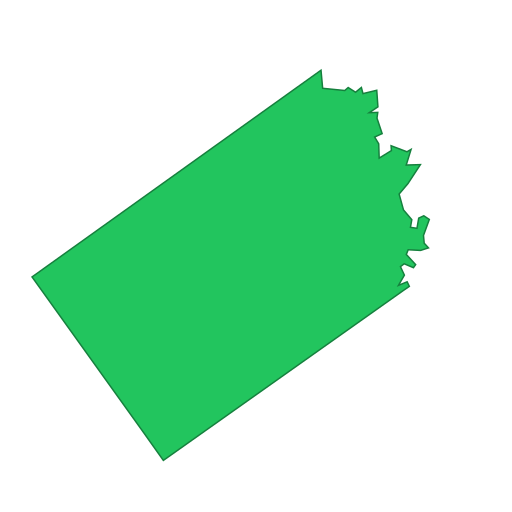 Coleman, Texas, United States of America, rotated 234°
{"feature_id": "52423323B20578192164801", "entity_name": "Coleman", "entity_type": "district", "adm_level": 2, "iso_a3": "USA", "parent_name": "United States of America", "parent_adm1": "Texas", "projection": "equal_earth", "projection_center": [-99.516, 31.746], "detail": "fine", "context": "isolated", "style": "filled", "palette": "green", "viewbox_px": 512, "rotation_deg": 234, "n_neighbors": 0, "source": "geoboundaries", "source_scale": "gbopen_adm2", "svg_char_len": 768}
<svg xmlns="http://www.w3.org/2000/svg" viewBox="0 0 512 512"><g transform="rotate(234 256 256)"><path d="M193.8,403.4L206.6,402.4L222.0,408.2L225.3,421.6L233.3,442.7L241.3,431.0L251.1,444.1L251.6,439.4L265.8,430.1L261.7,427.5L262.8,413.2L274.6,421.2L282.5,421.9L280.9,430.0L296.4,434.9L300.6,438.9L305.4,431.8L305.0,442.3L319.1,451.1L324.5,438.0L330.4,440.3L330.0,432.8L338.1,429.6L337.7,425.1L352.5,408.5L368.1,417.8L370.7,62.5L181.0,61.3L145.1,60.9L141.5,354.1L141.3,362.2L146.3,363.1L148.5,354.0L153.3,364.8L162.5,366.6L162.6,371.3L154.0,376.5L155.2,380.1L168.9,378.5L171.6,382.8L163.8,392.4L161.2,400.3L167.5,399.6L174.2,403.6L183.7,417.7L189.9,415.4L191.0,409.9L183.8,402.5L188.4,397.8L193.8,403.4Z" fill="#22c55e" stroke="#15803d" stroke-width="1.5"/></g></svg>